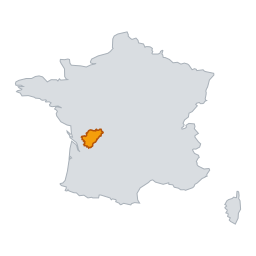 Charente highlighted on a map of France
{"feature_id": "FRA-5277", "entity_name": "Charente", "entity_type": "Metropolitan department", "adm_level": 1, "iso_a3": "FRA", "parent_name": "France", "parent_adm1": "", "projection": "natural_earth1", "projection_center": [0.293, 45.665], "detail": "medium", "context": "in_parent", "style": "filled", "palette": "amber", "viewbox_px": 256, "rotation_deg": 0, "n_neighbors": 0, "source": "natural_earth", "source_scale": "10m", "svg_char_len": 5117}
<svg xmlns="http://www.w3.org/2000/svg" viewBox="0 0 256 256"><path d="M206.6,100.5L204.8,101.4L203.7,103.2L202.5,103.6L200.3,103.6L199.3,102.5L196.7,103.2L195.7,104.4L197.3,105.8L192.2,111.6L189.0,113.2L188.4,117.0L184.6,119.9L183.2,122.9L183.1,123.5L184.1,124.5L183.7,126.4L181.8,127.7L181.9,129.0L182.4,129.1L185.4,128.1L186.5,127.0L185.9,125.4L188.9,123.4L194.3,123.9L195.0,126.5L194.3,128.7L198.4,133.4L195.0,135.6L194.9,137.1L198.5,141.9L200.7,143.9L199.6,147.1L196.0,149.1L193.6,149.0L192.6,149.5L192.8,150.5L194.5,153.4L198.5,155.3L199.2,157.5L198.1,158.2L196.3,161.6L197.2,163.2L196.9,163.9L197.3,165.0L198.4,166.2L204.0,169.0L209.0,168.5L209.7,170.1L206.8,174.4L207.0,176.4L205.4,176.4L205.2,177.1L202.1,178.5L197.2,183.0L194.9,184.3L194.0,186.5L192.7,187.7L185.5,190.3L184.2,189.7L180.7,189.8L178.5,188.2L174.2,187.2L172.8,184.8L168.9,184.4L168.7,182.8L163.2,184.3L155.4,182.1L152.7,179.9L150.5,180.5L148.5,182.5L140.2,187.9L137.0,193.4L137.7,199.9L139.6,203.1L134.6,202.6L131.6,203.6L130.8,204.9L123.6,203.3L120.9,204.7L120.2,204.6L119.2,203.2L115.7,201.7L116.2,200.6L115.8,199.6L112.4,198.9L111.3,199.8L110.0,197.9L100.7,195.0L99.2,195.0L98.6,197.9L92.7,197.9L91.8,197.3L87.9,197.9L83.9,195.2L79.3,195.7L76.5,192.9L73.8,192.7L70.0,191.3L68.2,190.5L68.0,189.7L66.9,191.0L65.5,190.7L65.1,190.3L66.1,188.7L66.3,186.9L61.5,185.6L60.2,184.3L60.2,183.6L62.8,183.0L65.1,180.5L67.4,171.3L69.0,160.6L70.2,158.6L71.7,158.0L70.5,156.5L69.1,158.5L70.0,148.6L71.7,141.2L75.7,144.3L76.6,145.6L77.8,150.0L80.0,151.8L78.6,150.0L77.2,144.2L76.3,142.5L70.0,137.6L69.8,136.5L72.5,137.1L71.4,133.4L70.8,125.8L67.0,125.0L60.9,121.8L56.7,115.9L56.2,113.7L57.4,111.4L56.4,110.0L54.6,109.0L56.0,107.0L57.3,106.8L61.7,107.9L58.1,106.0L52.2,106.7L49.9,106.0L49.5,104.6L51.1,102.9L49.2,101.8L45.8,102.0L45.4,101.6L46.4,100.3L45.6,99.8L42.8,100.3L41.3,99.9L39.8,98.5L35.4,98.1L34.5,97.3L28.4,95.6L22.0,95.9L20.3,93.1L16.5,91.7L17.3,90.8L21.2,89.9L21.9,89.1L19.1,87.9L18.1,86.7L23.3,86.5L21.0,85.2L16.0,85.3L15.4,83.6L16.0,81.8L19.0,80.3L26.3,78.5L31.6,78.5L35.4,76.5L39.1,75.9L42.6,76.9L47.3,81.9L51.1,79.7L56.7,79.8L57.9,81.0L59.4,78.8L60.7,80.1L67.6,79.6L66.0,78.7L64.7,76.6L64.5,68.8L61.0,63.2L60.1,61.2L60.4,59.4L64.5,59.7L67.9,59.0L69.5,59.5L69.9,63.1L71.3,65.2L80.8,65.9L86.3,67.0L90.8,64.9L95.1,64.0L95.5,63.5L93.0,63.7L90.7,62.9L90.4,61.9L91.6,59.1L98.2,55.9L107.8,53.3L110.3,51.5L113.1,48.3L112.4,47.5L112.8,38.9L114.2,36.0L117.8,34.0L127.1,31.9L128.3,34.7L128.2,36.2L130.7,38.6L132.0,39.4L136.0,38.1L138.0,40.3L138.6,42.9L143.5,44.0L145.0,47.3L145.9,46.6L149.0,46.7L150.4,47.0L152.4,48.4L151.9,50.4L152.8,51.4L151.9,53.3L152.6,54.0L158.2,54.0L159.9,53.2L160.6,51.4L162.3,50.3L162.9,50.6L161.9,54.0L162.7,54.9L163.2,57.4L165.3,57.6L169.5,59.5L173.1,62.8L177.4,62.3L180.9,64.1L184.4,63.1L187.7,64.1L188.9,65.1L192.1,69.7L194.5,68.7L196.2,69.3L196.8,70.6L203.1,69.8L204.3,71.1L205.6,71.6L213.7,73.3L213.9,75.0L209.4,80.0L207.6,86.9L206.3,89.4L205.8,91.2L206.2,92.4L206.1,94.3L205.2,98.9L205.8,100.2L206.6,100.5ZM239.1,195.6L238.7,198.6L240.0,200.7L240.6,209.2L238.4,213.2L238.1,218.2L235.3,224.1L230.6,221.5L229.2,220.0L230.3,217.8L227.6,216.5L228.2,214.4L227.9,213.3L226.0,213.1L225.9,212.6L227.2,210.9L227.1,209.8L225.3,208.5L224.9,207.4L226.6,206.1L225.8,204.9L224.8,204.6L227.0,200.7L228.6,199.6L232.2,198.5L233.7,197.1L236.1,197.8L236.5,197.5L237.0,191.4L237.9,191.3L238.7,192.1L239.1,195.6ZM70.3,133.9L69.7,135.6L67.3,132.6L67.0,131.0L70.3,133.9Z" fill="#d9dde1" stroke="#a8b0b8" stroke-width="1"/><path d="M85.5,136.4L86.0,136.1L86.4,135.7L86.7,135.3L86.7,135.0L86.7,134.7L86.3,133.5L86.3,133.4L86.7,133.4L87.1,133.2L87.3,133.0L87.1,132.6L87.4,132.5L87.7,132.3L87.9,132.0L88.1,131.7L88.5,130.9L89.2,130.4L90.1,130.0L90.8,129.9L91.1,130.0L91.3,130.2L91.5,130.2L91.8,130.1L92.1,130.2L92.8,130.6L93.2,130.7L95.0,130.7L95.6,130.9L95.8,130.8L96.0,130.4L95.6,130.1L95.8,129.7L96.1,129.4L96.3,129.3L96.5,129.3L96.6,129.5L96.8,129.7L97.3,130.2L98.0,130.3L98.8,130.2L99.3,129.7L99.6,129.4L99.9,129.2L101.1,129.3L101.3,130.0L101.3,130.6L101.4,130.9L101.9,131.6L102.0,131.6L102.4,131.5L102.5,131.5L103.1,132.5L103.0,132.8L102.6,133.2L102.0,133.4L101.6,133.4L101.4,133.4L101.3,133.5L101.3,134.1L101.2,134.6L101.1,135.4L101.0,135.7L100.9,136.0L100.4,136.1L100.0,135.9L99.9,135.9L99.8,136.0L99.6,136.4L99.0,136.9L98.6,137.7L98.1,138.2L97.5,138.9L97.4,139.1L97.0,139.1L96.9,139.1L96.7,139.5L96.7,140.1L96.6,140.5L96.1,141.1L95.6,141.9L95.5,142.1L95.3,142.2L95.1,142.2L94.8,142.3L93.2,143.3L93.0,143.5L92.9,143.8L92.7,144.5L92.6,145.1L92.7,145.6L92.7,145.8L92.6,146.0L92.1,146.4L91.5,146.7L91.3,146.8L91.2,147.2L91.0,147.4L90.8,147.5L90.6,147.6L90.2,147.4L89.8,147.4L88.7,148.0L88.6,147.3L88.1,147.0L86.9,146.9L87.0,146.1L86.4,146.1L85.3,145.5L84.7,145.6L84.3,145.7L84.2,145.5L84.2,145.2L84.3,144.8L84.2,144.7L83.8,144.3L84.4,143.9L84.6,143.6L84.8,143.2L84.5,142.5L84.5,142.3L84.8,141.8L83.6,141.2L84.0,140.6L82.6,139.6L82.1,139.5L82.1,139.3L82.2,138.6L82.1,137.5L82.2,137.1L81.5,137.1L81.6,136.6L81.9,136.4L82.2,136.3L83.1,136.2L84.4,135.9L84.8,135.9L85.1,136.3L85.5,136.4Z" fill="#f59e0b" stroke="#b45309" stroke-width="1.5"/></svg>